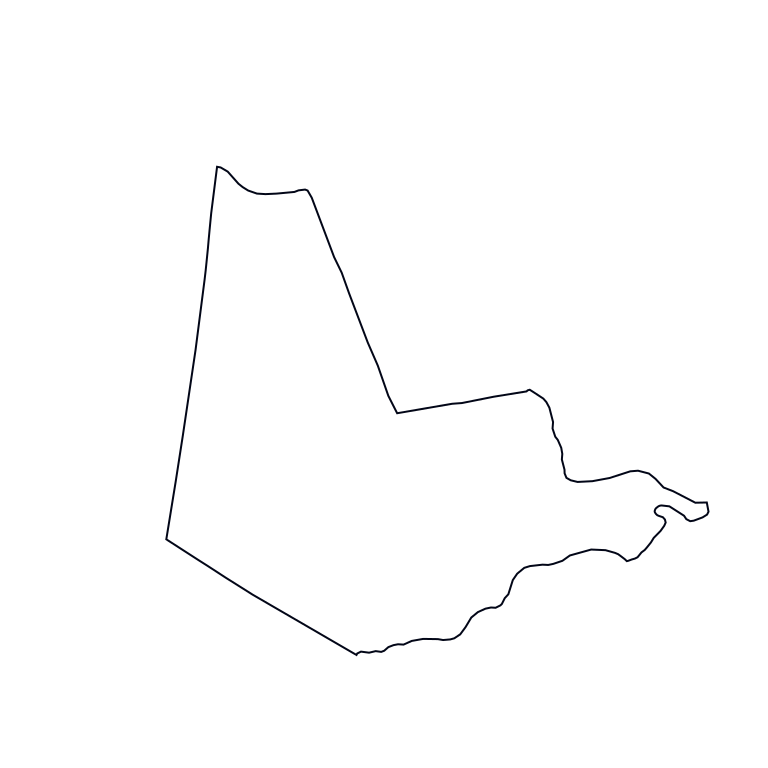 Tacaná, San Marcos, Guatemala, rotated 339°
{"feature_id": "79465075B77121462598505", "entity_name": "Tacaná", "entity_type": "district", "adm_level": 2, "iso_a3": "GTM", "parent_name": "Guatemala", "parent_adm1": "San Marcos", "projection": "orthographic", "projection_center": [-92.043, 15.294], "detail": "fine", "context": "isolated", "style": "outline", "palette": "ink", "viewbox_px": 768, "rotation_deg": 339, "n_neighbors": 0, "source": "geoboundaries", "source_scale": "gbopen_adm2", "svg_char_len": 1930}
<svg xmlns="http://www.w3.org/2000/svg" viewBox="0 0 768 768"><g transform="rotate(339 384 384)"><path d="M642.9,610.3L632.1,606.4L615.5,587.7L607.9,580.8L603.5,569.9L599.2,562.5L590.1,556.0L582.7,553.8L560.9,552.6L543.7,549.4L529.6,544.8L523.8,540.8L520.7,537.0L520.6,532.1L521.8,528.7L523.0,518.2L525.4,513.2L526.6,507.1L526.2,498.5L525.0,494.6L525.4,486.0L528.2,480.1L529.9,465.4L529.1,459.1L527.5,454.7L520.3,444.7L518.0,441.6L515.8,441.4L514.4,442.0L481.9,435.2L449.9,429.7L440.6,426.9L385.8,416.0L383.8,396.6L384.8,364.7L383.7,339.5L383.9,286.7L384.4,265.0L382.9,247.6L383.3,184.2L382.0,176.0L380.0,174.2L373.6,172.6L369.2,172.6L352.1,167.8L341.5,164.3L333.6,160.7L326.5,154.7L322.6,149.5L319.9,144.9L314.2,129.7L309.1,123.3L306.0,121.4L283.9,162.6L277.0,176.4L272.0,186.5L268.2,194.3L261.8,207.0L258.1,214.3L253.9,222.3L220.2,284.8L177.8,359.9L154.7,400.2L125.1,451.0L147.9,482.2L154.0,490.4L166.9,508.2L185.8,533.5L261.2,627.1L262.4,626.0L266.6,625.6L273.8,629.5L280.5,630.4L285.4,633.1L288.6,633.1L293.8,631.2L299.3,631.2L303.8,632.0L308.9,634.3L317.8,633.8L329.2,636.0L342.9,641.5L347.4,644.2L354.3,646.2L358.5,646.6L365.5,645.0L373.0,640.2L381.8,633.3L389.9,630.6L398.2,630.1L403.8,631.0L408.0,632.9L413.3,632.4L415.2,631.6L420.0,627.2L424.7,624.9L434.0,613.2L440.4,608.8L449.1,605.9L455.0,606.3L467.3,609.5L472.5,611.8L477.6,612.6L487.2,613.0L496.1,610.7L518.1,612.8L531.2,618.5L539.1,624.4L541.6,626.8L543.4,629.6L546.0,633.8L547.2,636.4L548.8,636.6L552.3,636.6L555.7,636.9L558.6,636.6L561.1,635.2L564.0,633.5L567.9,632.4L570.7,630.9L576.4,627.6L580.7,624.3L589.5,620.3L594.8,616.8L597.3,614.3L597.7,611.2L596.6,608.3L593.3,605.6L592.1,604.4L591.3,602.7L590.9,600.9L591.1,599.7L592.3,598.2L593.3,597.5L595.4,596.8L596.6,596.5L598.2,596.5L599.7,596.9L606.6,600.5L616.9,614.5L617.8,618.5L620.7,621.8L624.2,622.6L633.6,622.7L638.8,621.7L641.2,619.5L642.9,610.3Z" fill="none" stroke="#020617" stroke-width="2"/></g></svg>